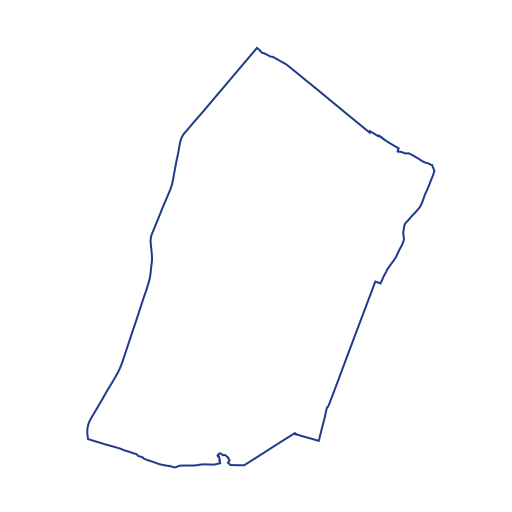 Hillegom, Zuid-Holland, Netherlands, rotated 174°
{"feature_id": "6326949B57976108434899", "entity_name": "Hillegom", "entity_type": "district", "adm_level": 2, "iso_a3": "NLD", "parent_name": "Netherlands", "parent_adm1": "Zuid-Holland", "projection": "mercator", "projection_center": [4.578, 52.295], "detail": "fine", "context": "isolated", "style": "outline", "palette": "blue", "viewbox_px": 512, "rotation_deg": 174, "n_neighbors": 0, "source": "geoboundaries", "source_scale": "gbopen_adm2", "svg_char_len": 5717}
<svg xmlns="http://www.w3.org/2000/svg" viewBox="0 0 512 512"><g transform="rotate(174 256 256)"><path d="M184.7,128.9L184.1,130.1L176.3,145.8L140.0,218.1L135.0,215.7L130.8,223.0L129.9,224.2L129.1,225.3L128.7,225.8L128.1,226.8L127.1,228.5L126.9,228.9L126.7,229.0L126.2,229.6L125.0,231.1L123.1,233.2L120.5,236.1L117.7,239.3L117.1,240.0L116.6,240.6L115.9,242.0L114.4,244.5L112.8,247.0L112.6,247.5L112.0,248.3L109.9,251.3L109.5,251.9L109.1,252.7L108.8,253.3L108.1,254.7L107.8,255.3L107.6,255.7L107.3,256.3L107.2,257.1L107.1,257.9L107.0,258.3L107.0,258.6L107.1,258.9L107.1,260.9L107.1,261.5L107.3,262.2L107.3,262.9L107.2,263.6L107.1,264.3L106.8,265.0L106.5,266.2L106.2,267.3L106.0,268.4L105.7,269.5L105.4,270.5L105.1,271.0L104.8,271.7L104.3,272.5L103.3,273.5L102.7,274.3L101.7,275.0L100.5,275.9L99.9,276.5L99.4,277.0L96.5,279.8L93.8,282.0L93.1,282.6L92.4,283.2L88.8,286.6L87.7,287.8L86.7,289.3L85.2,291.9L84.2,293.8L82.7,297.0L82.0,298.5L79.6,302.8L79.2,303.4L79.0,303.7L78.3,304.9L77.1,307.1L76.5,308.3L75.0,311.2L73.5,314.1L72.5,315.9L71.3,318.3L69.9,321.3L69.7,321.8L69.7,322.0L69.7,322.3L69.7,322.5L70.1,323.6L70.4,324.7L70.7,325.7L70.9,325.9L71.1,327.8L73.5,329.1L74.5,329.8L75.5,330.3L77.7,331.2L78.2,331.4L79.1,331.9L80.5,332.8L80.9,333.1L84.3,335.9L87.9,338.5L89.7,339.8L90.6,340.4L92.8,341.8L93.4,342.1L93.5,342.1L93.8,342.2L94.7,342.3L96.1,342.3L96.6,342.4L97.7,342.8L97.8,342.8L98.8,343.4L99.7,343.9L100.2,344.1L101.2,344.4L102.1,344.7L102.7,344.8L103.2,344.9L103.4,344.9L103.9,344.8L104.0,344.9L104.1,345.0L103.7,346.8L103.5,347.2L102.9,348.1L104.6,349.4L107.8,351.7L109.0,352.6L110.9,354.1L112.0,354.9L113.8,356.3L115.6,357.8L116.9,358.8L116.8,359.0L118.5,360.3L118.9,360.7L118.7,360.9L119.8,361.8L121.3,362.9L121.6,362.2L122.7,363.0L129.6,368.2L130.1,366.8L131.5,368.3L135.3,372.1L144.9,381.8L166.1,403.3L173.1,410.5L187.1,424.6L203.0,440.6L204.9,442.4L205.4,443.0L206.0,443.5L206.9,444.1L208.0,444.9L213.2,448.6L218.2,452.1L218.8,452.4L219.1,452.5L219.4,452.5L220.4,452.7L220.6,452.8L220.9,452.9L221.2,453.1L221.5,453.3L222.6,454.1L226.8,456.8L227.9,457.2L228.4,457.3L228.5,457.4L228.7,457.6L228.9,457.8L229.4,458.3L229.8,458.8L230.2,459.4L230.6,459.9L233.2,462.9L259.6,437.7L293.9,404.8L294.7,404.1L295.0,403.8L297.4,401.6L297.8,401.2L298.4,400.6L299.9,399.3L300.6,398.6L302.3,397.0L302.6,396.8L303.0,396.4L303.6,395.8L304.4,395.1L305.3,394.2L306.1,393.4L306.9,392.6L309.4,390.3L310.0,389.6L310.7,389.0L311.5,388.2L311.9,387.8L312.5,387.3L313.0,386.8L313.9,386.0L314.5,385.4L314.8,385.2L315.1,384.9L315.6,384.2L315.8,384.0L316.0,383.7L316.2,383.4L316.5,383.1L316.7,382.8L317.1,382.2L317.3,381.9L317.5,381.7L318.3,380.1L318.6,379.5L318.7,379.3L318.8,379.1L319.4,377.5L319.5,377.1L319.7,376.8L319.9,376.0L320.0,375.5L320.5,373.9L321.0,372.1L321.2,371.3L321.7,369.7L322.2,368.0L322.4,367.3L322.8,366.1L323.1,365.1L323.3,364.6L323.4,364.0L323.5,363.6L323.7,363.2L324.2,361.6L324.6,360.7L324.8,360.0L325.0,359.3L325.2,358.6L325.6,357.5L325.8,356.5L326.2,355.4L326.5,354.2L326.7,353.6L326.9,353.1L327.2,351.9L327.4,351.2L327.7,350.2L328.1,348.9L329.2,345.3L329.4,344.6L329.5,344.0L329.7,343.4L329.9,342.7L330.1,342.0L330.4,341.0L330.7,340.2L330.9,339.5L331.5,337.7L332.0,336.1L332.1,335.8L333.8,332.0L337.5,325.2L343.6,314.2L343.8,313.8L344.5,312.7L344.9,312.0L345.2,311.3L345.8,310.2L345.7,310.1L346.1,309.4L347.3,307.2L348.3,305.4L350.0,302.1L350.6,301.0L351.7,299.1L352.1,298.3L355.5,291.9L356.4,290.3L357.4,288.5L357.8,287.6L358.3,286.3L358.5,285.8L358.7,284.8L358.8,284.3L359.0,283.7L359.1,283.0L359.2,282.2L359.3,281.7L359.3,281.3L359.4,280.9L359.4,279.4L359.4,277.6L359.4,273.8L359.4,272.1L359.4,271.9L359.4,269.4L359.5,268.1L359.5,267.6L359.5,267.1L359.6,265.7L359.7,264.5L359.7,264.1L359.9,263.0L360.0,261.7L360.3,260.8L360.9,257.9L361.9,253.7L362.2,251.8L363.9,244.9L366.0,239.7L368.6,233.6L370.4,229.8L370.4,229.7L370.7,229.1L371.2,228.2L381.8,204.5L387.0,193.2L395.5,174.4L396.5,172.1L397.2,170.7L397.8,169.3L398.1,168.8L398.3,168.3L399.1,166.4L400.5,163.5L401.1,162.3L401.8,161.0L402.2,160.2L402.7,159.3L403.4,158.0L404.2,156.7L404.9,155.4L405.4,154.7L406.0,153.9L406.7,152.9L406.9,152.7L407.4,152.0L408.0,151.0L408.6,150.2L413.8,143.2L416.7,139.5L419.4,135.8L424.1,129.2L433.7,116.2L436.1,113.1L439.1,108.7L440.3,106.2L441.4,103.1L441.9,100.8L442.2,98.4L442.3,95.6L442.2,91.5L425.6,84.4L413.4,79.6L409.9,78.0L409.3,77.6L408.0,76.8L406.5,76.1L402.1,74.4L399.2,72.9L398.7,72.8L398.2,72.5L396.3,71.7L395.9,71.6L395.5,71.3L395.1,71.0L394.9,70.7L394.7,70.3L394.3,69.7L393.5,69.2L390.1,67.8L389.8,67.6L389.5,67.3L389.1,66.5L386.6,65.1L385.2,64.3L383.7,63.7L382.3,63.1L379.4,61.7L378.0,61.1L376.6,60.4L374.0,59.1L372.2,58.5L371.4,58.2L368.9,57.5L365.9,56.6L364.4,56.1L364.3,56.3L363.8,56.1L362.4,55.7L361.8,55.4L361.1,55.1L360.7,54.7L358.9,54.3L358.1,54.3L357.4,54.4L354.6,55.3L353.0,55.4L349.1,55.1L343.4,54.5L341.0,54.2L338.4,54.1L336.1,54.1L332.4,54.4L329.2,54.2L327.7,54.0L319.7,52.9L313.4,53.6L313.7,56.5L313.3,56.5L313.8,60.7L314.1,60.8L314.6,60.9L314.9,60.8L315.1,61.7L315.0,61.8L314.9,61.9L314.8,62.0L314.7,62.1L313.9,62.7L313.3,63.1L313.1,63.2L313.1,63.3L312.9,63.3L312.7,63.4L312.4,63.4L312.2,63.4L311.9,63.3L311.7,63.2L309.8,61.5L309.8,61.4L307.6,61.3L304.8,58.5L305.1,58.3L303.6,55.7L305.5,53.4L303.2,50.8L297.4,50.0L289.7,49.1L268.9,59.4L251.2,68.3L235.9,75.8L235.4,75.4L234.5,74.6L234.8,74.4L233.9,74.1L232.9,73.7L228.1,71.7L218.0,67.7L212.9,65.6L212.3,67.1L211.3,70.0L210.2,72.9L209.1,76.0L208.3,78.2L206.7,82.5L206.1,84.1L205.2,86.3L204.6,88.1L204.3,88.8L204.0,89.8L203.9,90.1L203.6,91.1L203.1,92.6L201.4,97.6L200.0,98.8L198.2,102.0L196.5,105.4L194.6,109.1L192.9,112.5L191.4,115.4L189.9,118.5L188.1,122.0L185.9,126.4L184.7,128.9Z" fill="none" stroke="#1e3a8a" stroke-width="2"/></g></svg>